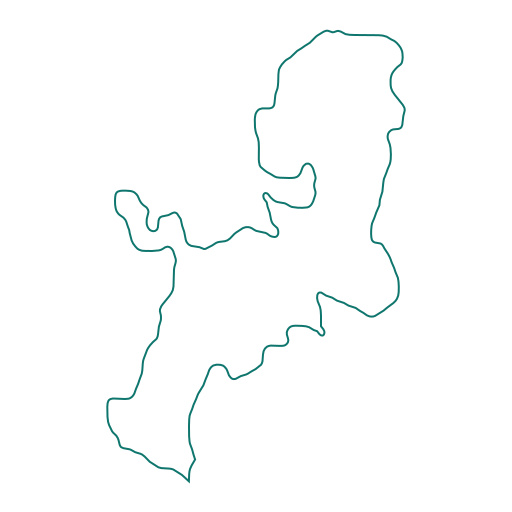 the district of Villa Tabara Arriba, Azua, Dominican Republic
{"feature_id": "3306468B57701305571020", "entity_name": "Villa Tabara Arriba", "entity_type": "district", "adm_level": 2, "iso_a3": "DOM", "parent_name": "Dominican Republic", "parent_adm1": "Azua", "projection": "equal_earth", "projection_center": [-70.922, 18.486], "detail": "fine", "context": "isolated", "style": "outline", "palette": "teal", "viewbox_px": 512, "rotation_deg": 0, "n_neighbors": 0, "source": "geoboundaries", "source_scale": "gbopen_adm2", "svg_char_len": 6070}
<svg xmlns="http://www.w3.org/2000/svg" viewBox="0 0 512 512"><path d="M379.4,205.3L379.9,199.8L382.4,191.6L383.3,182.7L383.9,179.0L386.2,173.2L387.7,169.0L389.7,164.3L390.3,162.1L390.7,159.6L390.9,154.5L390.5,148.0L389.8,144.4L387.8,138.8L387.6,136.7L387.9,134.4L388.2,133.5L389.3,131.8L391.3,130.1L393.2,129.4L398.7,128.9L400.4,128.1L401.1,127.5L401.6,126.7L402.3,124.8L403.3,116.1L404.7,110.5L404.6,108.6L404.3,107.6L402.8,104.9L394.8,94.9L392.4,91.3L391.1,88.1L390.7,85.7L390.6,83.4L390.6,79.7L390.9,77.4L391.5,75.1L392.4,73.1L393.5,71.4L395.4,69.1L397.4,67.0L400.7,64.4L401.8,62.8L402.3,60.8L402.7,57.5L402.5,54.0L402.2,51.6L401.4,49.5L400.5,47.6L398.6,45.0L396.6,42.8L394.4,41.0L391.0,39.3L386.7,36.7L382.9,35.6L378.8,35.2L354.7,35.0L349.5,34.8L345.5,34.1L340.8,31.6L338.4,30.9L336.8,31.1L334.0,32.1L332.6,32.3L327.7,30.7L326.0,30.8L323.6,31.7L317.4,35.5L315.8,36.8L309.8,42.8L305.0,45.8L301.3,48.4L297.2,50.9L290.4,57.4L286.3,59.9L284.8,61.2L281.9,64.4L280.1,67.2L279.1,69.3L278.8,70.6L278.4,74.3L278.2,82.0L277.9,85.8L277.5,88.3L275.8,93.2L275.3,95.3L274.5,103.0L274.1,105.0L273.7,105.9L272.5,107.4L270.8,108.1L269.1,108.4L262.3,108.4L259.4,109.2L257.9,110.3L256.7,111.8L255.7,113.7L255.4,114.8L255.0,117.1L254.8,119.5L255.0,127.4L255.6,131.3L256.2,133.5L258.0,138.4L258.7,142.2L258.9,147.4L258.8,159.4L259.0,161.9L259.7,165.3L260.7,167.0L264.7,170.4L266.9,172.0L270.2,173.8L274.8,176.6L276.7,177.3L279.8,177.7L289.3,178.0L292.4,177.9L294.5,177.7L296.4,177.1L297.3,176.7L298.7,175.5L300.4,173.2L302.6,167.4L303.6,165.8L305.7,164.0L306.5,163.7L308.3,163.6L309.2,163.9L310.8,165.0L312.5,167.4L313.3,169.3L315.3,176.1L315.6,178.0L315.5,178.9L314.3,183.3L314.1,185.3L314.3,187.4L315.5,191.8L315.5,193.7L315.1,195.5L313.2,201.3L311.8,204.0L310.6,205.5L309.1,206.7L307.3,207.4L302.6,207.8L297.7,207.7L292.1,207.0L290.3,206.3L286.5,204.1L284.8,203.3L277.8,202.1L275.8,201.5L273.4,200.0L270.6,197.4L268.3,194.4L267.1,193.4L265.6,193.0L264.8,193.2L264.0,193.8L263.5,194.8L263.3,195.8L263.6,197.8L264.4,199.4L266.7,202.3L267.6,206.8L269.7,212.7L271.0,219.4L271.6,221.5L272.5,223.3L273.7,224.8L277.3,228.1L278.0,229.9L278.3,231.8L278.2,233.8L277.8,234.8L277.3,235.7L276.6,236.4L275.8,236.8L274.2,237.0L271.7,236.5L270.0,235.8L267.1,233.7L265.5,232.9L256.3,230.9L254.7,230.1L251.7,228.2L250.1,227.5L248.2,227.1L245.5,227.2L242.9,228.1L236.0,232.6L234.4,233.9L230.0,238.5L227.5,240.3L224.9,241.2L219.3,241.9L217.5,242.3L215.9,243.0L212.1,245.5L205.4,248.9L203.9,249.0L199.5,247.2L191.3,245.9L188.8,244.6L187.5,243.3L186.4,241.6L185.7,239.5L184.2,231.8L182.2,225.9L180.7,219.1L177.2,213.8L176.6,213.2L175.2,212.6L174.4,212.5L172.8,212.9L168.4,215.1L161.8,216.5L160.2,217.3L159.0,219.0L158.5,221.0L157.9,227.4L157.1,229.4L156.4,230.1L154.9,231.0L153.2,231.2L151.4,230.8L149.8,229.9L148.5,228.4L147.5,226.6L146.8,224.4L146.6,222.1L146.8,218.7L148.4,212.4L148.4,211.5L148.0,209.7L146.6,207.5L143.2,205.0L141.3,203.0L139.8,200.6L137.7,195.9L136.5,194.3L134.4,192.4L132.5,191.5L130.4,191.0L126.2,190.7L122.1,190.7L120.1,190.9L118.3,191.4L117.4,191.9L116.6,192.6L116.0,193.6L115.6,194.6L115.2,196.9L115.0,200.5L115.1,204.3L115.4,206.8L115.9,209.2L116.7,211.4L118.4,213.8L119.7,215.0L123.4,217.6L125.3,219.8L126.2,221.5L127.9,226.7L129.2,230.1L129.7,233.1L131.6,240.4L133.1,243.5L135.1,246.2L137.3,248.6L139.0,249.7L141.9,250.7L144.8,250.9L151.9,251.0L158.9,250.4L160.7,249.9L162.4,249.1L165.2,247.3L166.9,246.8L167.7,246.7L169.5,247.1L171.0,248.1L172.3,249.5L173.3,251.3L175.7,258.9L175.9,260.8L175.6,262.7L174.3,267.4L174.0,269.8L173.5,286.4L172.8,290.1L171.3,293.2L169.4,296.0L162.4,304.6L161.2,306.4L160.0,309.3L159.9,311.2L160.9,315.5L161.0,318.7L160.7,320.7L158.9,326.6L158.0,334.5L157.6,336.5L156.8,338.4L156.3,339.1L152.9,342.1L150.1,345.2L148.2,347.9L147.1,349.9L143.7,358.9L143.1,361.0L142.8,363.3L142.3,370.4L141.7,373.8L139.5,379.7L138.1,383.9L136.1,388.6L134.3,393.6L133.3,395.3L132.0,396.8L130.5,397.9L128.7,398.7L124.8,399.0L113.0,398.5L110.3,399.1L108.8,400.2L108.3,401.1L107.6,403.2L107.3,406.7L107.5,416.9L108.1,421.9L109.1,425.1L112.1,431.3L113.2,432.7L116.3,435.7L117.8,438.1L118.5,440.0L119.7,444.9L120.6,446.6L121.2,447.2L123.5,448.2L129.6,449.3L131.3,450.0L135.2,452.2L140.5,453.8L142.2,454.6L144.6,456.5L149.8,461.8L158.4,467.3L161.3,468.1L169.4,468.6L171.4,468.9L173.3,469.5L181.9,474.9L188.9,481.3L189.2,473.7L189.5,471.3L190.0,469.1L191.7,465.3L195.1,459.5L193.6,454.9L192.1,449.4L189.9,443.5L189.5,441.1L189.1,436.1L189.0,425.8L189.2,419.5L189.6,415.8L190.3,413.6L192.2,408.9L193.6,404.7L196.1,399.1L197.7,394.9L198.7,392.9L203.4,385.3L205.7,379.1L207.7,374.4L209.1,370.3L210.1,368.5L211.3,367.0L212.8,365.8L213.6,365.4L216.4,364.7L220.1,364.8L222.8,365.5L224.4,366.6L226.3,368.8L227.2,370.6L229.0,375.4L230.7,377.6L232.1,378.7L233.0,379.0L233.8,379.1L235.6,378.9L240.8,376.1L246.1,374.5L247.8,373.7L251.6,371.3L255.6,369.1L261.1,364.7L262.0,363.0L262.5,361.1L263.0,354.5L263.6,351.2L265.0,348.5L267.1,346.6L269.0,345.9L270.9,345.6L280.0,345.9L282.9,345.8L284.7,345.4L286.3,344.4L287.4,343.1L287.9,342.3L288.3,340.5L288.1,338.8L286.9,334.7L286.8,332.6L287.0,331.5L287.4,330.5L288.3,328.8L289.6,327.4L291.2,326.4L293.0,325.9L295.8,325.7L301.8,325.9L306.0,326.3L309.1,327.2L313.7,330.0L317.1,331.2L319.4,334.1L320.7,335.2L322.2,335.6L323.0,335.4L323.8,334.7L324.2,333.8L324.4,332.7L324.4,331.8L324.1,330.8L323.3,329.2L321.0,326.3L321.0,315.7L320.7,310.5L320.0,306.9L317.7,301.3L317.1,298.1L317.3,295.1L317.7,294.2L318.2,293.3L318.9,292.8L319.7,292.5L321.3,292.6L326.1,295.6L332.3,297.7L336.9,300.6L343.9,302.9L348.5,305.6L355.6,307.9L360.1,311.0L363.3,312.8L367.0,315.4L369.6,316.4L371.4,316.6L373.3,316.5L375.1,315.9L383.6,310.6L387.2,307.6L393.4,303.0L395.6,300.8L396.9,298.9L398.2,295.6L398.7,291.9L398.8,286.7L398.5,281.6L397.9,277.9L395.5,272.1L394.1,267.9L391.6,262.2L390.5,259.0L389.6,256.9L388.0,253.9L384.4,248.4L383.0,245.8L381.9,244.4L380.5,243.5L374.9,242.5L373.4,241.8L372.1,240.3L371.7,239.2L371.3,237.0L371.1,233.4L371.2,229.6L371.6,225.7L372.1,223.3L374.5,217.5L376.3,212.4L379.4,205.3Z" fill="none" stroke="#0f766e" stroke-width="2"/></svg>